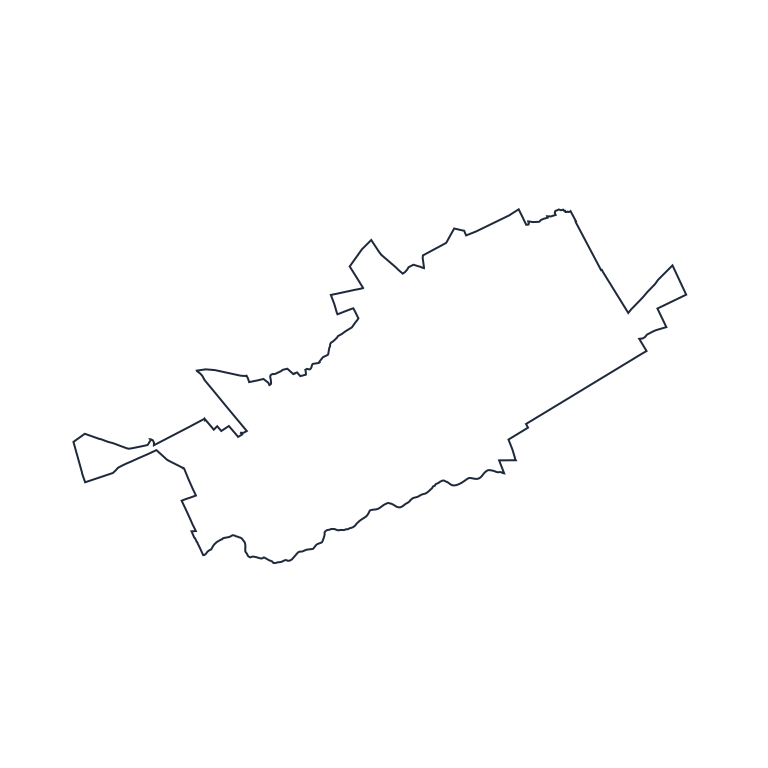 Villagrán, Guanajuato, Mexico, rotated 333°
{"feature_id": "50627088B37943890522805", "entity_name": "Villagrán", "entity_type": "district", "adm_level": 2, "iso_a3": "MEX", "parent_name": "Mexico", "parent_adm1": "Guanajuato", "projection": "orthographic", "projection_center": [-101.009, 20.546], "detail": "fine", "context": "isolated", "style": "outline", "palette": "slate", "viewbox_px": 768, "rotation_deg": 333, "n_neighbors": 0, "source": "geoboundaries", "source_scale": "gbopen_adm2", "svg_char_len": 6148}
<svg xmlns="http://www.w3.org/2000/svg" viewBox="0 0 768 768"><g transform="rotate(333 384 384)"><path d="M628.0,314.9L627.4,314.8L626.5,314.5L626.0,313.8L624.9,313.8L623.8,313.2L624.0,311.9L622.9,311.2L622.9,310.8L622.9,310.1L620.6,309.5L619.0,307.9L615.5,307.7L615.0,307.7L613.8,309.2L613.7,311.3L608.6,310.4L605.5,308.6L605.3,310.1L601.3,309.3L598.3,309.1L596.5,309.8L595.6,309.8L590.1,307.3L589.1,306.6L587.5,305.3L586.3,304.6L585.9,306.8L585.1,307.5L583.0,306.7L583.1,300.7L583.2,299.2L583.3,289.5L573.7,290.4L572.9,290.6L535.4,289.9L524.6,288.9L525.0,283.8L523.3,282.5L517.1,277.3L503.5,286.5L477.1,287.1L475.7,289.2L472.5,298.4L472.2,298.9L470.8,297.6L469.5,295.9L468.4,295.0L464.4,291.1L458.9,291.1L456.6,292.6L453.3,293.9L451.8,294.0L450.8,294.2L448.3,288.0L448.1,287.1L447.5,285.4L443.4,275.4L440.2,267.6L440.3,267.5L440.0,266.7L439.5,263.4L438.0,249.9L426.3,253.7L425.6,253.9L406.8,263.7L407.9,275.8L408.4,281.7L408.5,283.3L409.0,289.0L408.8,289.1L403.2,287.6L401.7,287.1L382.4,282.0L377.1,280.5L376.0,290.2L375.3,294.1L375.0,295.5L374.3,299.2L374.2,300.8L383.6,301.7L389.9,302.4L391.0,302.6L391.1,306.2L391.0,313.9L388.1,315.5L387.5,315.6L381.0,319.0L373.9,319.5L369.1,320.3L364.7,320.4L363.1,321.4L358.5,322.8L355.5,323.1L354.0,324.2L353.0,326.0L351.6,327.0L347.7,332.3L346.9,332.5L341.8,332.4L336.5,334.8L336.5,335.5L335.8,335.6L334.5,335.4L332.0,334.5L330.1,333.9L329.6,333.8L329.3,333.9L328.9,334.1L328.4,334.5L327.2,335.8L326.8,336.3L326.1,336.8L325.0,337.2L324.5,337.2L324.0,337.1L323.5,336.7L322.6,335.8L322.2,335.5L320.3,335.7L320.3,336.2L319.2,339.2L318.6,340.2L313.0,339.0L311.8,334.2L308.4,333.8L308.5,334.1L307.7,334.0L304.8,326.5L300.7,325.5L300.1,325.4L298.9,325.7L297.8,325.8L291.4,325.6L290.6,325.3L289.4,324.6L289.1,324.5L287.8,324.5L287.1,324.6L286.7,324.9L286.0,325.6L285.4,327.4L285.2,328.4L284.2,331.0L283.6,332.3L282.9,332.8L282.2,332.9L281.4,332.9L281.5,330.4L278.9,324.8L272.7,323.3L264.7,321.1L265.3,317.4L265.3,314.2L264.5,314.1L263.9,313.8L262.0,312.7L259.9,311.4L239.6,294.8L231.8,290.0L223.3,287.1L223.3,287.7L225.1,291.5L225.8,294.2L225.9,299.0L229.3,314.1L234.0,335.5L240.4,363.6L237.3,363.7L236.6,363.6L235.9,363.4L235.2,363.0L234.5,362.5L234.2,362.8L234.5,363.2L234.7,364.6L230.0,364.9L228.7,359.2L226.7,351.0L222.3,351.5L217.7,352.0L216.2,345.9L211.6,347.4L208.4,333.6L208.0,334.1L208.0,333.5L190.4,333.8L151.1,334.1L151.2,333.9L152.4,332.0L152.5,329.3L151.1,327.4L150.6,327.1L150.7,327.7L150.3,328.3L145.7,331.0L143.1,330.4L130.8,327.0L128.9,326.4L126.8,325.6L124.3,323.1L123.1,321.7L121.8,320.4L117.3,315.4L115.0,313.0L113.6,311.9L111.5,309.9L106.5,304.4L106.2,304.3L105.7,304.0L94.8,292.5L81.0,294.6L77.8,310.5L74.8,325.4L74.3,327.1L73.1,335.9L102.0,340.2L105.6,339.2L109.0,337.9L113.4,337.8L117.9,337.9L125.0,338.4L126.5,338.4L126.8,338.4L127.6,338.5L130.4,338.6L142.5,339.3L151.2,339.6L156.3,353.0L157.2,354.3L157.4,354.7L166.2,366.7L166.6,367.8L167.3,367.8L167.5,368.9L166.5,380.9L166.0,390.3L165.8,398.0L160.1,397.3L154.8,396.5L150.7,396.1L150.5,404.7L150.0,416.9L149.7,421.4L149.6,429.6L145.6,427.9L145.2,434.8L145.6,435.5L145.5,439.7L145.7,439.9L145.8,440.5L145.6,441.4L145.5,447.8L145.2,454.4L146.4,454.8L148.1,454.5L150.3,453.4L151.8,453.0L153.8,452.8L154.4,453.0L155.3,452.7L158.4,450.6L160.2,449.8L163.2,448.9L168.8,448.6L169.2,448.9L170.5,448.4L171.0,448.4L176.1,449.9L177.3,450.1L178.1,450.1L179.9,450.0L180.7,450.1L181.0,450.3L182.6,451.8L183.2,452.8L184.1,453.4L184.7,454.1L185.1,454.7L185.8,455.2L186.5,456.0L187.2,457.1L187.4,458.1L187.5,459.1L188.0,461.5L187.9,462.3L187.7,463.1L187.7,463.7L187.4,464.4L186.5,466.1L186.2,467.0L185.7,467.4L185.1,469.0L184.7,469.4L184.4,470.5L184.8,473.2L184.7,474.5L184.9,476.0L185.8,477.4L186.2,477.8L188.2,478.0L188.8,478.2L191.4,480.1L193.3,482.0L195.0,483.5L196.3,484.1L197.1,484.1L197.8,483.9L198.3,484.0L198.7,484.5L201.9,489.3L202.8,490.1L203.9,491.5L204.0,492.6L204.3,493.3L204.7,493.6L206.7,494.4L208.2,494.6L211.1,495.7L212.3,496.0L214.1,495.9L216.0,496.1L216.9,496.5L218.0,497.8L219.5,498.5L220.8,498.6L222.5,498.4L230.7,495.1L231.8,495.0L232.7,495.1L234.8,496.0L236.0,496.2L239.4,496.4L241.5,497.1L245.6,498.6L246.2,498.6L250.6,496.6L251.4,496.5L252.3,496.4L256.4,496.9L257.1,496.7L258.5,495.6L260.9,493.3L262.3,491.8L262.9,490.9L263.5,489.5L264.1,489.0L264.9,488.6L266.1,488.4L267.2,488.4L269.4,489.1L271.2,489.2L273.9,490.7L274.4,491.1L276.0,493.0L277.4,493.9L278.4,494.1L280.0,494.8L281.7,495.8L282.6,496.1L284.3,496.2L285.2,496.8L286.2,497.0L287.9,496.9L288.8,497.2L290.2,497.4L291.6,497.5L293.2,497.2L294.2,497.0L296.1,496.0L299.6,495.0L301.6,494.6L307.4,494.0L308.9,493.6L310.5,492.8L311.7,492.0L313.3,490.8L313.8,490.4L314.4,490.3L315.1,490.4L316.0,490.6L320.3,492.2L321.5,492.4L322.9,492.5L324.3,492.4L328.4,491.7L329.7,491.6L333.0,491.7L333.9,492.0L334.7,492.8L335.9,493.7L336.9,494.9L337.9,496.4L339.0,498.3L339.8,499.4L340.9,500.4L341.9,501.0L342.9,501.3L344.1,501.4L345.3,501.3L348.9,500.6L351.0,500.6L352.8,500.3L353.9,500.0L355.0,499.3L356.2,499.3L357.4,498.8L358.2,498.8L362.2,499.7L363.0,499.8L366.7,499.6L367.8,499.7L371.3,500.4L372.1,500.4L373.8,500.2L379.6,498.6L380.4,498.1L381.1,497.6L381.5,497.5L382.6,497.8L383.4,497.6L384.0,497.0L384.8,496.7L387.7,496.9L389.7,496.5L392.6,496.7L393.4,497.1L394.1,497.9L395.1,499.4L395.8,499.9L398.2,504.5L399.5,505.7L400.8,506.4L402.6,506.9L404.5,507.2L407.7,507.3L411.4,506.9L415.7,506.3L416.5,506.3L417.5,506.6L418.4,507.0L422.3,510.0L424.1,510.9L425.8,511.2L427.7,511.0L429.8,510.3L431.1,509.6L433.5,508.6L435.7,508.1L437.4,508.0L438.9,508.6L440.7,509.9L442.7,511.6L444.2,513.4L445.5,514.4L447.4,515.1L448.3,515.8L448.9,516.4L449.2,517.1L450.5,518.1L451.9,504.3L462.1,509.4L466.8,511.8L466.8,510.0L467.3,508.3L467.9,504.9L468.5,501.8L468.8,499.5L469.7,490.0L492.5,488.3L492.4,484.1L600.6,476.1L624.7,474.3L632.9,473.8L631.9,459.6L635.4,460.9L638.1,460.6L640.6,459.4L647.2,459.3L650.7,459.5L661.4,461.5L661.9,440.9L693.8,441.6L694.9,409.3L675.5,415.6L670.9,418.0L660.4,421.6L654.2,424.2L648.8,426.1L638.4,429.6L633.9,431.6L630.0,384.6L629.9,381.2L629.1,381.1L628.3,326.8L628.5,325.9L628.9,326.0L628.7,314.7L628.0,314.9Z" fill="none" stroke="#1e293b" stroke-width="2"/></g></svg>